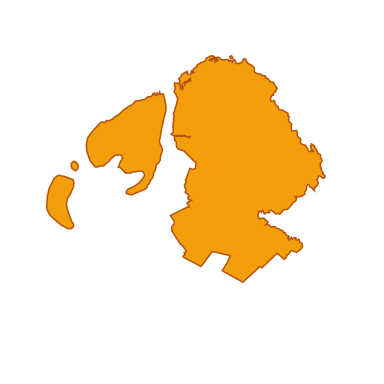 Canal - Fanafo, Sanma, Vanuatu (Albers equal-area conic projection), rotated 145°
{"feature_id": "77236927B64905396997634", "entity_name": "Canal - Fanafo", "entity_type": "district", "adm_level": 2, "iso_a3": "VUT", "parent_name": "Vanuatu", "parent_adm1": "Sanma", "projection": "albers", "projection_center": [167.121, -15.5], "detail": "fine", "context": "isolated", "style": "filled", "palette": "amber", "viewbox_px": 384, "rotation_deg": 145, "n_neighbors": 0, "source": "geoboundaries", "source_scale": "gbopen_adm2", "svg_char_len": 5993}
<svg xmlns="http://www.w3.org/2000/svg" viewBox="0 0 384 384"><g transform="rotate(145 192 192)"><path d="M71.8,269.6L72.8,271.4L77.6,269.6L81.3,271.1L81.8,272.1L81.2,276.0L82.2,276.8L84.4,275.1L85.0,278.0L86.4,277.7L86.9,278.2L86.3,278.9L86.5,279.9L91.0,282.6L92.3,284.3L92.6,286.6L93.8,287.9L94.4,287.6L95.1,288.1L95.4,285.1L98.8,285.3L97.9,286.3L96.6,286.3L95.8,287.3L96.5,288.6L96.5,289.7L98.2,288.2L99.4,289.2L100.6,288.2L100.8,289.4L102.0,289.9L101.2,290.5L99.1,289.5L96.3,290.0L96.8,291.5L99.6,293.1L102.5,293.0L102.9,293.5L106.0,291.9L108.5,292.2L110.1,293.0L111.5,292.6L113.8,293.2L115.1,292.8L115.8,292.0L116.6,292.3L118.7,291.7L119.8,292.1L122.0,290.6L121.8,288.5L123.2,289.2L122.4,290.3L122.4,291.6L123.3,291.4L125.6,289.2L126.3,289.2L127.7,290.5L127.9,291.9L126.8,292.6L126.8,293.8L128.4,293.3L129.1,294.0L132.8,294.1L135.4,292.7L138.0,292.4L138.3,290.3L139.4,288.2L140.6,287.0L140.6,284.5L139.5,283.8L138.6,285.5L136.6,286.1L135.6,285.6L134.3,286.4L133.6,285.4L128.2,286.3L128.2,285.6L129.6,284.7L129.0,284.2L129.6,284.0L131.2,285.0L131.6,284.4L134.7,284.9L139.3,282.8L140.4,283.3L140.1,282.0L141.6,281.5L142.5,283.5L141.3,284.2L140.8,287.4L140.3,288.2L140.8,289.3L142.0,289.6L143.7,291.4L145.1,289.6L146.2,286.5L149.3,284.2L149.0,281.3L150.0,278.8L150.0,276.9L154.0,273.0L157.0,270.7L158.2,270.3L159.3,268.3L162.3,267.1L162.5,265.6L163.5,263.8L165.0,262.9L166.5,260.4L168.5,258.7L168.9,257.4L170.4,256.1L172.4,252.3L176.1,251.1L174.6,248.8L165.5,242.4L163.6,238.7L160.9,238.8L162.0,238.3L163.7,238.5L165.7,242.1L167.3,242.7L174.7,248.1L175.3,246.1L176.7,244.6L176.2,242.4L176.7,240.9L178.6,238.6L178.8,235.1L175.3,230.8L172.0,212.9L172.8,212.6L174.7,210.2L176.1,209.5L178.7,210.2L180.2,212.6L190.8,205.1L190.9,203.7L194.2,202.0L195.5,199.0L195.3,197.7L197.8,195.5L196.4,191.6L197.0,190.0L198.2,190.2L199.3,188.4L199.3,187.9L197.8,186.7L197.2,185.5L202.3,186.1L202.9,181.2L204.4,182.3L223.1,185.1L223.5,177.5L225.2,176.0L227.1,175.7L229.3,174.3L230.8,171.6L231.5,155.8L230.7,154.4L230.5,146.8L233.3,146.8L233.3,144.7L236.2,144.7L236.3,143.2L227.3,125.8L209.4,131.6L197.3,118.0L202.6,114.4L212.4,110.2L202.1,88.9L179.1,92.0L178.1,89.8L157.4,93.0L155.1,83.9L152.2,84.4L150.5,85.8L147.4,85.9L145.9,86.9L144.4,87.2L141.0,82.7L136.1,82.5L132.6,84.0L131.4,87.0L132.5,89.5L131.6,91.3L131.9,92.3L133.6,92.2L134.0,92.7L134.4,93.7L133.1,94.5L133.3,95.0L134.6,96.0L136.9,95.9L136.8,97.8L140.1,96.9L139.9,99.4L138.1,99.5L137.9,100.2L139.4,102.1L139.1,105.4L140.4,106.0L139.7,107.6L142.1,112.1L143.5,113.7L143.7,115.3L144.9,117.0L147.6,117.9L147.7,121.1L150.6,122.8L147.6,123.2L146.9,124.0L147.7,126.1L148.0,129.1L150.7,131.0L152.1,130.9L152.5,131.3L151.8,134.4L148.8,137.1L148.8,137.9L147.2,137.1L146.7,135.6L145.1,136.3L144.5,136.0L145.3,133.2L144.7,132.1L142.9,132.7L140.4,130.5L140.0,130.6L140.1,132.1L138.0,132.3L136.6,129.1L136.1,126.5L135.1,125.5L134.0,125.3L133.1,123.7L132.3,123.5L126.9,125.0L124.4,123.1L123.3,123.0L118.4,124.1L115.2,125.4L112.3,125.1L110.1,126.6L110.1,128.7L109.5,127.8L108.9,128.3L108.1,127.2L104.6,125.6L101.0,125.4L99.5,127.5L97.1,128.2L94.7,131.0L93.1,131.6L91.9,131.2L92.5,128.5L91.3,126.9L91.4,124.3L91.0,123.1L90.8,124.0L89.5,124.4L89.3,125.3L86.6,125.3L83.5,126.7L82.5,130.6L81.1,131.0L79.5,132.4L79.0,132.5L77.9,131.4L77.2,130.1L77.2,128.6L76.2,127.5L73.9,128.6L73.9,130.3L74.7,132.1L73.5,132.5L73.4,136.2L72.3,137.9L72.2,139.4L70.7,141.6L67.7,142.8L67.0,144.7L67.5,146.2L66.0,147.6L65.4,148.9L66.8,151.5L65.5,155.8L66.1,157.5L65.2,159.9L66.2,161.5L66.6,163.5L67.0,162.0L68.6,161.8L68.5,160.5L69.7,159.8L70.1,158.2L68.9,156.8L69.3,155.8L70.3,156.0L70.9,157.1L72.6,157.6L73.0,159.4L72.2,161.5L72.6,162.4L72.2,165.3L73.6,166.5L75.0,169.2L73.6,172.1L72.5,173.0L72.9,175.2L73.6,176.2L73.5,177.9L71.3,180.8L71.2,182.6L74.3,184.0L75.2,184.8L75.0,185.6L73.6,188.4L71.6,190.0L71.6,192.8L72.3,194.1L71.1,196.3L69.2,198.0L69.8,199.7L68.8,200.3L68.3,201.6L71.2,207.6L73.1,209.0L73.6,210.1L72.6,212.2L73.7,215.9L72.3,218.7L72.6,220.1L73.6,219.7L75.3,221.6L73.1,224.5L71.4,225.2L69.8,224.5L69.1,225.7L67.5,226.3L66.0,226.0L65.0,227.5L63.0,227.8L62.6,228.4L62.9,229.9L62.4,235.2L64.1,236.6L64.8,239.1L64.6,241.2L65.8,242.3L65.6,243.6L66.6,244.0L65.4,245.0L68.0,247.7L68.0,249.1L69.9,250.6L72.0,253.9L72.1,254.9L70.4,256.8L69.8,259.3L70.7,262.5L72.7,265.3L72.2,266.4L72.6,268.4L71.8,269.6ZM229.5,263.8L228.8,261.8L229.2,259.7L234.3,257.3L237.6,254.5L238.7,255.3L236.6,252.9L235.9,246.7L235.2,245.3L230.9,242.6L229.2,242.6L227.2,241.2L222.1,238.8L220.6,237.2L220.7,234.0L222.3,232.1L230.0,229.8L236.3,229.9L242.6,231.0L245.0,230.5L246.6,228.6L244.7,225.7L242.8,224.3L228.9,221.2L226.4,221.5L224.0,223.4L222.4,223.5L219.0,225.4L215.5,226.5L212.5,229.5L209.3,231.1L205.4,234.9L202.8,235.0L200.0,236.2L196.9,239.6L193.3,242.3L192.0,243.7L191.0,246.1L190.9,248.4L189.8,252.0L180.1,261.7L166.0,274.4L163.0,279.3L162.8,280.8L162.0,281.8L159.3,288.5L159.8,289.4L162.1,290.2L161.1,292.5L163.3,291.3L163.8,293.0L165.2,291.2L166.1,291.5L166.7,292.9L165.7,293.4L166.0,294.6L167.3,293.7L167.7,294.9L169.0,294.0L171.7,293.9L173.3,295.2L177.3,294.9L184.7,297.9L185.9,299.0L191.1,297.8L195.1,298.5L201.6,298.4L208.2,297.3L211.7,298.0L212.1,297.6L216.6,297.5L219.9,298.2L220.6,299.6L224.0,299.1L225.2,300.8L226.8,301.5L240.7,298.3L246.5,296.1L251.7,291.1L254.9,285.3L257.5,276.3L257.0,268.0L254.3,266.3L252.4,266.4L249.6,263.9L245.9,264.7L243.0,264.6L240.0,265.5L233.3,266.2L231.7,264.4L230.7,264.6L229.5,263.8ZM297.2,282.2L306.7,277.0L312.3,272.1L319.7,263.0L320.9,260.0L321.6,256.1L321.3,252.5L318.2,240.1L314.7,233.1L311.7,231.2L308.7,231.7L307.3,234.1L307.5,236.7L306.5,240.9L303.5,250.9L301.8,254.1L297.9,258.0L293.3,259.9L286.3,264.1L283.8,266.7L282.3,270.2L287.3,277.6L291.1,281.6L292.9,282.5L297.2,282.2ZM270.0,279.0L269.6,282.3L271.1,284.9L272.0,285.2L274.3,284.6L276.3,282.3L276.7,280.2L275.6,276.3L274.2,276.0L272.6,276.5L270.0,279.0ZM82.2,278.3L81.5,278.7L81.5,280.9L83.4,281.2L83.8,279.7L83.2,278.6L82.2,278.3Z" fill="#f59e0b" stroke="#b45309" stroke-width="1.5"/></g></svg>